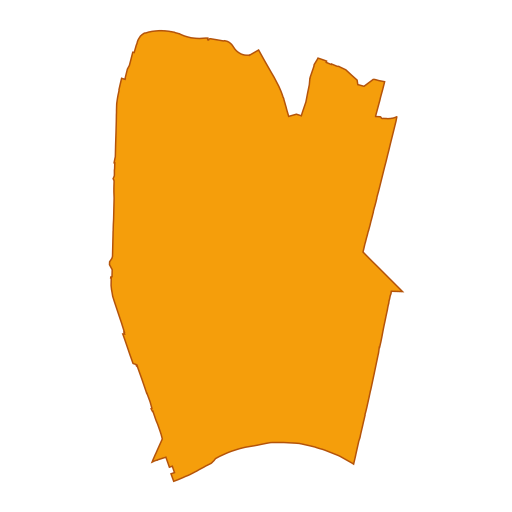 the district of Nieuwegein, Utrecht, Netherlands
{"feature_id": "6326949B74966835804561", "entity_name": "Nieuwegein", "entity_type": "district", "adm_level": 2, "iso_a3": "NLD", "parent_name": "Netherlands", "parent_adm1": "Utrecht", "projection": "orthographic", "projection_center": [5.098, 52.03], "detail": "fine", "context": "isolated", "style": "filled", "palette": "amber", "viewbox_px": 512, "rotation_deg": 0, "n_neighbors": 0, "source": "geoboundaries", "source_scale": "gbopen_adm2", "svg_char_len": 5816}
<svg xmlns="http://www.w3.org/2000/svg" viewBox="0 0 512 512"><path d="M384.6,81.7L378.9,80.6L375.7,79.7L374.4,79.4L373.2,79.4L372.3,80.1L364.0,86.3L361.1,85.5L357.8,84.6L357.1,80.1L351.5,75.1L345.8,69.8L339.7,66.9L338.8,66.4L337.1,66.3L331.5,64.0L331.3,64.5L326.2,62.4L326.6,61.1L326.1,60.9L323.6,60.0L320.1,58.8L318.0,58.1L317.4,59.3L316.7,60.4L315.5,62.4L314.7,63.7L314.2,64.5L314.0,65.4L314.0,66.0L313.9,66.2L313.9,66.4L313.5,67.5L312.9,69.3L311.4,73.7L310.3,76.9L310.2,77.3L310.2,78.0L309.9,78.2L309.3,84.9L307.7,92.6L305.9,102.0L302.6,111.7L301.3,115.8L296.4,114.2L288.7,116.4L286.9,110.3L286.4,108.4L286.0,106.8L285.8,106.2L285.3,104.4L284.3,100.9L283.9,99.5L283.7,98.5L283.2,97.3L283.0,97.1L282.9,97.0L282.9,96.9L282.6,95.7L281.7,93.2L280.9,91.1L278.8,86.3L274.1,77.3L271.0,72.0L264.6,60.8L258.6,50.0L249.4,55.3L249.3,55.0L248.8,55.2L246.5,55.2L244.8,55.1L242.8,54.6L241.1,54.0L239.3,53.0L237.7,51.9L236.3,50.7L234.8,49.0L232.3,45.3L231.4,44.2L230.0,43.0L229.7,42.7L228.6,42.0L227.1,41.3L224.5,40.7L223.9,40.9L223.1,40.9L216.3,39.7L210.3,38.7L209.7,38.8L208.9,39.3L208.6,40.0L207.7,39.8L207.8,38.1L205.4,38.1L199.4,38.5L195.7,38.3L191.1,37.8L187.5,36.9L184.2,35.9L180.6,34.4L179.3,33.7L179.0,33.7L177.3,33.2L175.6,32.8L174.2,32.2L173.5,32.1L172.3,31.9L171.6,31.7L171.0,31.7L169.1,31.3L165.3,30.9L163.8,30.8L163.0,30.8L162.0,30.7L159.0,30.7L157.8,30.8L155.4,31.0L153.6,31.2L152.8,31.3L151.9,31.4L149.6,31.9L148.9,32.0L147.9,32.3L146.1,32.9L145.3,33.0L144.5,33.1L144.2,33.2L143.0,34.0L142.0,34.7L141.5,35.2L140.5,36.0L140.1,36.6L139.8,37.1L139.7,37.3L139.0,38.3L138.2,39.7L137.7,40.9L137.4,41.7L137.2,42.6L136.9,43.7L136.3,45.1L135.9,46.5L134.6,51.1L134.4,51.8L134.2,52.5L133.6,52.3L132.8,52.2L132.5,53.3L130.9,59.6L129.4,65.4L127.4,69.1L126.6,72.3L125.9,75.1L125.1,78.4L125.3,78.5L125.1,79.4L121.6,78.3L120.0,85.1L119.1,89.1L119.0,89.4L119.0,90.6L119.0,90.8L118.2,94.4L117.7,97.0L117.4,98.8L116.9,102.3L116.7,103.8L116.6,106.6L116.5,110.2L116.5,112.6L116.4,114.7L116.3,121.5L116.1,128.7L116.0,132.8L115.6,145.0L115.4,154.3L115.3,156.9L115.0,158.1L114.2,162.2L114.1,162.8L114.8,162.8L114.6,168.6L114.6,168.9L114.4,170.0L114.4,171.1L114.4,173.1L114.4,174.3L114.3,176.0L113.1,178.7L114.0,180.4L114.1,181.5L114.0,184.5L113.9,188.4L113.9,191.8L114.1,197.9L114.1,198.8L113.6,219.3L113.3,225.0L113.3,225.4L113.2,228.7L113.2,230.6L113.1,231.4L113.0,236.1L112.5,256.4L111.9,258.4L109.6,261.8L109.5,264.7L112.2,269.7L112.0,276.7L110.8,277.0L110.7,277.9L111.2,277.9L111.2,280.0L111.1,284.6L111.1,285.6L111.5,289.4L112.0,292.1L112.7,296.3L114.4,301.7L115.2,304.1L117.0,309.5L118.9,315.2L121.7,323.5L122.3,325.5L124.4,332.2L123.9,332.2L124.2,333.1L124.6,334.1L124.0,334.1L122.8,334.0L123.3,335.4L124.6,339.1L125.8,342.6L130.3,355.8L130.5,356.3L131.6,359.4L133.0,363.4L133.3,363.6L134.1,363.8L136.0,364.5L137.0,365.0L137.3,366.0L136.7,366.1L137.2,366.6L137.6,367.1L138.0,368.3L141.9,379.2L146.0,391.2L146.7,393.3L146.9,393.2L150.1,401.8L151.2,405.8L151.9,408.3L151.1,408.7L151.3,409.1L152.5,411.4L152.9,411.2L155.2,418.0L156.2,420.8L157.6,424.1L160.4,432.1L160.7,433.2L161.1,434.3L162.3,438.9L161.4,441.0L157.4,449.9L155.7,453.8L155.5,454.1L154.5,456.4L153.0,459.8L152.5,461.1L152.1,462.1L152.8,461.8L153.6,461.3L154.7,460.9L155.3,460.6L156.4,460.3L156.9,460.2L157.3,460.2L157.5,459.9L164.3,457.7L165.1,457.5L165.9,457.2L166.2,458.1L167.3,461.2L169.4,467.2L172.3,466.2L174.5,472.6L171.0,473.8L173.7,481.3L178.0,479.7L183.4,477.4L185.5,476.4L187.9,475.5L190.3,474.4L191.2,473.9L192.4,473.3L195.6,471.6L196.1,471.4L196.7,471.1L198.5,470.0L198.8,469.8L204.1,467.0L205.7,466.0L206.6,465.6L210.6,463.6L211.0,463.4L211.4,463.1L212.4,462.2L212.9,461.6L213.6,461.0L214.2,460.3L215.5,458.6L219.5,456.4L223.0,454.8L225.4,453.7L228.4,452.4L231.6,451.2L234.7,450.2L237.5,449.3L239.8,448.6L243.4,447.7L245.5,447.2L254.0,445.8L257.3,445.2L262.0,444.2L267.0,443.2L268.1,443.0L269.8,442.7L270.6,442.6L272.1,442.5L275.4,442.5L280.0,442.5L283.6,442.5L290.9,442.9L294.9,443.1L296.5,443.2L297.4,443.3L297.9,443.3L299.6,443.5L300.3,443.7L301.1,443.8L305.0,444.7L309.5,445.7L314.9,447.0L316.8,447.7L319.7,448.6L322.4,449.3L324.7,450.1L338.3,455.5L340.0,456.3L352.4,463.3L353.6,464.1L355.6,455.6L355.7,455.0L356.9,449.6L358.8,441.1L359.0,440.5L359.1,440.1L359.2,439.9L359.4,439.3L359.5,439.0L359.7,438.1L359.8,438.1L359.9,437.8L360.0,437.4L360.7,433.9L362.6,425.8L363.6,421.3L363.8,420.6L364.3,418.4L365.1,415.0L365.0,414.7L365.0,414.4L365.7,412.0L366.7,407.9L369.0,397.6L370.3,391.4L370.8,389.5L371.2,387.7L374.0,374.5L374.2,373.7L374.4,372.6L376.9,360.6L378.0,355.3L378.5,353.1L378.7,351.7L379.3,347.2L379.6,347.3L380.9,341.7L381.8,337.2L382.9,331.3L384.1,325.2L384.9,321.6L386.1,315.7L387.4,309.7L387.6,308.4L387.9,306.8L388.2,305.3L388.7,303.5L389.1,300.6L389.6,298.9L389.8,297.7L390.0,296.9L390.1,296.2L390.3,295.5L390.8,294.2L391.0,293.5L391.1,292.8L391.3,291.3L392.3,291.3L396.4,291.4L402.5,291.6L376.5,265.6L371.6,260.8L365.7,254.8L363.0,252.0L363.6,249.6L365.0,243.5L365.4,242.3L366.5,237.9L367.3,235.1L367.4,234.7L367.7,233.5L368.1,231.8L368.6,230.4L370.0,225.2L371.0,221.0L371.3,220.0L372.3,216.2L372.9,213.7L373.3,212.4L373.3,212.0L373.5,210.8L373.6,210.5L374.4,207.4L374.8,206.2L375.5,203.5L376.0,201.7L376.2,200.7L376.7,198.8L376.7,198.7L377.0,196.9L378.7,190.7L379.6,187.1L384.4,167.8L386.2,160.9L387.7,154.7L388.8,150.4L390.4,143.7L392.2,136.5L393.5,131.3L396.0,121.2L396.8,116.9L396.7,116.8L394.7,117.6L393.8,117.9L392.6,118.2L391.6,118.3L390.6,118.5L388.8,118.6L387.9,118.7L386.2,118.5L385.0,118.5L383.9,118.4L382.4,118.5L382.0,118.4L381.7,118.3L381.5,118.2L381.4,118.1L381.0,117.4L380.6,116.9L380.4,116.8L379.4,116.7L377.4,116.6L375.6,116.5L375.6,116.2L375.8,115.2L375.9,114.9L379.0,103.4L379.8,100.5L380.3,98.3L380.7,96.7L382.7,89.4L384.0,84.3L384.4,82.7L384.6,81.7Z" fill="#f59e0b" stroke="#b45309" stroke-width="1.5"/></svg>